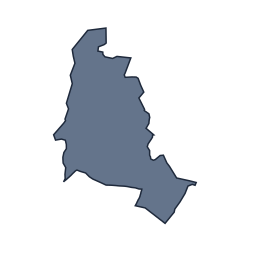 Ola Oluwa, Osun, Nigeria (Natural Earth projection), rotated 208°
{"feature_id": "59680162B48244867814587", "entity_name": "Ola Oluwa", "entity_type": "district", "adm_level": 2, "iso_a3": "NGA", "parent_name": "Nigeria", "parent_adm1": "Osun", "projection": "natural_earth1", "projection_center": [4.195, 7.728], "detail": "fine", "context": "isolated", "style": "filled", "palette": "slate", "viewbox_px": 256, "rotation_deg": 208, "n_neighbors": 0, "source": "geoboundaries", "source_scale": "gbopen_adm2", "svg_char_len": 1947}
<svg xmlns="http://www.w3.org/2000/svg" viewBox="0 0 256 256"><g transform="rotate(208 128 128)"><path d="M209.4,195.3L214.1,171.1L210.0,165.7L205.2,160.2L205.2,159.8L203.7,147.5L198.0,141.0L194.0,120.9L189.5,117.0L187.8,106.3L186.6,105.1L187.0,102.2L190.5,87.1L186.3,83.3L181.5,87.0L177.6,87.8L174.7,84.5L172.7,80.8L173.1,76.3L171.8,71.7L170.7,69.7L168.8,66.6L164.4,63.8L161.9,57.5L159.7,53.8L159.6,50.1L159.5,50.7L159.3,51.3L158.9,52.0L158.6,52.9L158.2,53.6L157.9,54.6L157.6,55.4L157.3,56.2L157.0,56.9L156.8,57.6L156.5,58.4L156.3,58.9L155.9,60.2L155.7,61.0L155.5,61.6L155.2,62.6L154.7,64.0L154.6,64.6L154.1,65.7L153.8,66.3L153.3,66.9L149.8,67.3L144.3,68.4L139.2,66.8L135.0,66.4L133.8,66.5L126.6,67.0L120.6,67.3L116.2,69.5L111.9,71.4L108.7,72.7L107.2,73.4L104.0,74.9L101.4,75.9L96.8,77.3L93.5,78.6L89.7,79.3L87.1,80.5L86.8,79.7L86.7,79.3L86.6,78.6L86.5,78.0L86.4,77.4L86.2,76.8L86.0,76.2L85.9,75.6L85.8,75.1L85.7,74.6L85.6,74.1L85.3,73.0L85.3,72.5L85.2,71.8L85.2,71.3L85.1,71.0L85.2,70.4L85.3,69.7L85.3,69.3L85.2,68.7L85.2,68.3L85.2,67.8L85.2,67.3L85.2,66.9L85.1,66.4L85.1,66.0L85.1,65.5L85.1,65.0L85.0,64.6L85.0,64.3L85.1,64.0L85.1,63.6L85.1,63.2L85.1,62.8L75.3,65.5L50.5,61.2L48.9,69.4L47.9,74.4L47.7,75.2L48.6,78.4L47.4,87.2L46.9,97.0L47.8,104.9L44.8,108.4L41.9,108.9L42.2,111.9L49.1,110.2L61.6,106.7L73.2,113.5L77.3,115.4L84.0,120.6L86.7,118.8L89.1,112.9L90.5,111.4L93.5,111.4L94.5,113.0L96.1,114.1L98.3,118.2L102.2,120.5L102.8,123.4L102.2,129.3L102.1,131.4L103.0,133.2L102.0,134.0L111.9,136.2L111.7,141.8L112.8,144.4L113.5,146.4L113.7,147.4L116.1,150.3L121.8,151.0L122.1,152.2L132.5,159.6L130.9,167.1L135.2,170.4L137.0,171.8L142.4,176.6L144.7,176.8L148.5,174.9L154.3,171.4L156.2,173.1L156.3,173.3L156.3,174.9L158.4,191.2L171.4,186.0L174.2,182.2L181.8,180.0L184.7,181.2L185.9,183.2L190.7,181.8L192.2,185.8L188.3,190.3L187.9,191.2L187.4,192.0L187.2,192.8L194.4,205.9L209.4,195.3Z" fill="#64748b" stroke="#1e293b" stroke-width="1.5"/></g></svg>